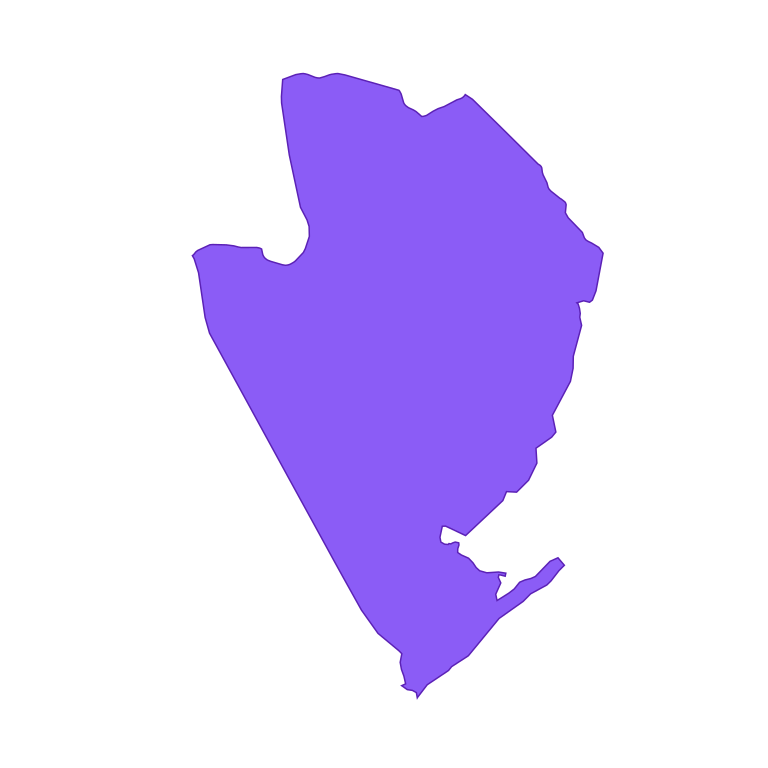 Izabal, Robinson projection, rotated 102°
{"feature_id": "GTM-1959", "entity_name": "Izabal", "entity_type": "Department", "adm_level": 1, "iso_a3": "GTM", "parent_name": "Guatemala", "parent_adm1": "", "projection": "robinson", "projection_center": [-89.06, 15.52], "detail": "fine", "context": "isolated", "style": "filled", "palette": "violet", "viewbox_px": 768, "rotation_deg": 102, "n_neighbors": 0, "source": "natural_earth", "source_scale": "10m", "svg_char_len": 2582}
<svg xmlns="http://www.w3.org/2000/svg" viewBox="0 0 768 768"><g transform="rotate(102 384 384)"><path d="M684.0,286.2L679.1,288.2L677.8,292.5L678.1,297.7L675.4,304.0L672.8,300.5L665.6,303.8L659.5,307.6L652.9,310.3L644.1,310.5L641.8,314.0L629.2,338.0L609.9,359.0L581.4,383.9L567.8,395.7L531.4,427.0L495.3,458.1L459.2,489.1L423.3,519.9L370.6,565.2L356.1,572.8L313.8,588.5L301.0,595.7L298.3,598.1L298.1,597.9L296.9,597.0L293.9,595.5L292.1,594.0L284.0,583.2L283.2,580.5L280.7,567.1L280.1,559.6L280.3,555.0L280.2,552.1L276.9,536.9L276.9,533.8L277.4,531.8L282.6,529.5L284.3,528.2L285.0,527.4L285.7,526.5L286.8,524.3L287.1,523.3L287.6,520.2L288.5,508.2L288.4,505.2L288.0,503.9L287.4,502.4L286.4,500.7L284.3,498.3L283.0,497.0L281.8,496.1L272.1,490.2L267.9,489.1L255.2,487.7L245.5,490.0L239.5,493.4L228.6,502.4L179.8,524.2L130.4,542.6L124.2,544.1L107.2,546.4L99.7,534.6L97.9,530.1L97.1,527.6L97.0,525.5L97.1,522.9L98.4,515.1L98.4,512.6L98.1,510.6L95.7,506.1L93.0,501.8L92.0,499.8L90.3,495.2L89.9,493.5L89.8,486.4L93.6,430.5L94.3,429.6L96.8,427.5L104.7,423.3L105.6,422.6L106.3,421.8L107.1,420.8L107.6,419.8L108.6,417.6L109.8,412.3L110.6,409.9L111.1,408.8L114.5,402.7L113.9,400.9L112.5,398.3L107.0,392.7L103.4,388.3L100.1,382.8L90.9,371.8L89.3,369.0L88.7,368.1L87.9,367.1L87.0,366.3L85.2,365.1L84.0,364.7L87.1,356.7L110.5,320.0L136.8,279.1L137.7,276.7L138.6,275.5L139.8,274.6L144.1,273.1L146.3,271.9L153.2,266.5L157.6,264.3L159.1,263.0L160.7,260.7L165.8,250.5L166.2,249.2L168.3,244.9L169.3,243.9L170.8,243.1L178.8,242.2L183.1,238.4L194.5,221.5L199.4,218.4L201.0,216.6L201.7,215.0L202.2,213.4L203.0,210.1L205.7,202.3L210.5,196.9L248.8,196.0L258.6,197.6L260.7,199.4L261.0,199.7L261.3,200.0L261.1,206.0L264.5,212.2L265.4,210.7L269.4,208.5L274.2,206.7L278.0,206.4L285.6,202.9L317.5,204.6L329.4,202.3L342.7,202.2L379.6,212.8L395.3,205.9L401.1,208.9L415.2,222.0L429.6,218.0L448.1,222.6L462.2,231.8L463.8,241.8L473.3,243.5L515.3,272.7L510.2,294.2L511.0,297.4L522.3,297.4L526.8,295.5L528.1,291.4L527.6,287.8L526.6,287.3L526.5,285.4L525.1,283.7L523.8,281.5L523.8,277.9L525.9,277.2L529.8,277.6L533.5,276.9L535.2,272.7L536.8,265.1L540.4,259.8L544.4,255.7L546.8,251.6L547.3,244.2L544.1,232.9L543.7,225.5L546.8,225.5L546.6,230.5L546.8,232.0L549.4,232.0L554.3,228.4L566.4,231.0L572.3,228.4L562.7,218.5L557.4,214.0L549.7,210.1L546.4,205.4L543.7,199.9L540.8,195.9L522.9,184.7L517.8,177.7L523.8,169.9L530.1,174.0L541.9,179.7L546.7,182.9L558.8,197.0L567.6,202.6L589.4,222.7L632.3,245.0L646.4,259.1L650.8,261.3L669.2,279.2L683.7,286.1L684.0,286.2Z" fill="#8b5cf6" stroke="#5b21b6" stroke-width="1.5"/></g></svg>